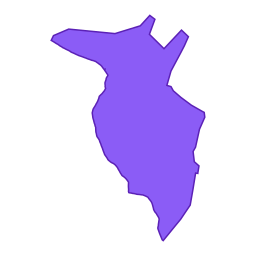 outline of Ravine Chabot, Castries, Saint Lucia
{"feature_id": "8701671B75024298551322", "entity_name": "Ravine Chabot", "entity_type": "district", "adm_level": 2, "iso_a3": "LCA", "parent_name": "Saint Lucia", "parent_adm1": "Castries", "projection": "albers", "projection_center": [-60.977, 14.0], "detail": "fine", "context": "isolated", "style": "filled", "palette": "violet", "viewbox_px": 256, "rotation_deg": 0, "n_neighbors": 0, "source": "geoboundaries", "source_scale": "gbopen_adm2", "svg_char_len": 3176}
<svg xmlns="http://www.w3.org/2000/svg" viewBox="0 0 256 256"><path d="M197.8,173.4L197.8,173.1L199.0,165.9L195.3,162.6L194.3,161.7L193.6,155.8L193.1,151.5L194.5,149.0L195.5,147.3L199.5,129.2L204.8,117.2L204.2,112.4L202.3,111.4L191.4,105.2L184.8,100.3L180.9,97.4L173.3,90.8L171.0,86.6L167.5,85.6L166.9,85.4L167.0,84.9L170.7,72.0L171.0,71.0L176.8,60.1L180.5,53.2L184.4,45.7L188.4,36.7L185.4,33.8L181.5,30.1L174.7,37.3L164.0,48.7L149.4,34.3L154.9,19.3L149.8,15.4L140.3,25.8L115.0,33.6L68.7,29.1L53.5,35.6L51.2,40.4L51.6,40.6L52.3,41.0L54.3,42.2L55.2,42.8L56.6,43.7L57.7,44.2L60.1,46.0L61.5,46.7L62.7,47.6L64.5,48.4L65.5,49.0L67.6,50.0L69.5,50.9L70.8,51.9L72.0,52.5L73.3,53.0L75.0,53.8L76.2,54.4L77.6,55.0L79.1,55.7L80.5,56.1L81.6,56.5L83.0,57.0L84.5,57.6L86.0,58.1L87.3,58.7L88.8,59.2L90.0,59.6L91.8,60.3L93.3,60.6L94.3,61.0L95.7,61.5L96.9,62.4L98.1,63.2L99.2,64.1L100.4,64.9L101.7,66.2L102.6,67.5L103.2,68.3L104.1,69.4L105.0,70.8L105.9,72.0L106.6,73.2L107.7,74.7L107.8,75.7L106.7,77.3L106.2,78.4L106.1,79.4L105.6,80.8L105.0,82.7L105.0,84.0L105.2,85.4L105.1,86.5L105.6,88.4L104.9,89.8L104.2,91.0L103.1,92.3L102.1,93.6L101.0,94.6L100.2,95.4L99.3,96.3L98.7,98.5L98.2,99.8L97.8,100.9L96.8,102.9L96.3,103.6L95.7,104.9L95.0,106.1L94.3,107.2L94.1,107.5L93.3,108.8L93.0,109.6L92.8,110.3L92.6,111.2L92.3,112.5L92.2,112.9L92.4,114.2L92.6,115.6L92.7,116.4L92.8,117.1L92.9,117.8L93.2,119.0L93.5,119.8L93.6,120.3L94.0,121.9L94.3,123.1L94.9,124.7L95.0,125.4L95.1,125.9L95.5,126.9L95.7,127.4L95.7,128.6L95.7,128.9L95.8,130.6L95.9,132.0L96.3,133.5L96.4,133.8L96.5,134.7L97.0,136.6L97.2,136.9L97.8,137.7L98.6,138.9L99.3,140.0L99.8,141.7L100.0,142.2L100.3,142.8L100.9,144.3L101.3,145.7L102.0,147.3L102.5,148.5L102.8,149.6L103.0,150.1L103.4,151.2L103.7,152.0L104.0,152.7L104.3,153.6L104.5,154.2L104.8,154.8L105.3,155.5L106.1,156.6L107.3,158.4L107.8,159.4L108.5,160.3L109.6,161.1L110.1,161.6L111.2,162.4L112.1,162.9L112.4,163.0L113.6,163.6L114.6,164.4L115.0,164.7L115.6,165.3L117.0,167.0L117.7,168.0L118.0,168.7L118.3,169.3L119.2,170.8L119.6,171.4L119.9,172.1L120.3,172.8L120.6,173.3L121.4,174.5L121.8,175.2L122.0,175.5L122.6,176.0L123.5,176.5L124.4,177.3L125.4,178.1L126.7,179.6L127.4,180.6L127.8,181.1L128.4,182.0L128.5,182.5L128.5,183.0L128.4,185.3L128.4,186.8L128.5,188.1L128.6,189.6L128.5,191.5L128.8,192.6L129.9,192.9L130.7,193.0L131.1,193.0L132.5,193.4L133.2,193.5L133.8,193.5L135.5,193.9L137.0,194.3L138.3,194.4L139.5,194.5L141.4,194.8L142.6,194.9L143.3,195.1L144.0,195.4L145.5,196.0L145.9,196.2L146.7,196.6L147.9,197.2L148.8,198.6L149.7,199.7L150.4,200.6L150.9,201.2L151.3,201.8L151.5,202.3L152.1,203.5L152.5,204.9L153.0,206.7L153.3,207.9L153.5,208.7L153.6,209.4L154.2,210.7L155.1,212.2L156.2,213.4L156.4,213.7L156.8,214.5L157.5,215.6L158.4,217.1L159.0,218.4L159.1,219.1L159.1,219.7L158.9,220.9L158.6,222.9L158.5,223.6L158.4,224.2L158.3,225.8L158.1,226.5L157.9,227.2L157.9,227.7L157.9,228.7L158.4,230.1L158.5,230.3L158.8,231.2L159.5,233.2L160.4,235.4L161.5,238.1L162.2,239.8L163.2,240.6L174.6,226.6L180.7,219.2L185.4,212.2L190.2,205.1L192.9,189.7L195.6,173.1L197.3,173.3L197.8,173.4ZM104.1,69.4L105.0,69.2L104.8,70.2L104.1,69.4Z" fill="#8b5cf6" stroke="#5b21b6" stroke-width="1.5"/></svg>